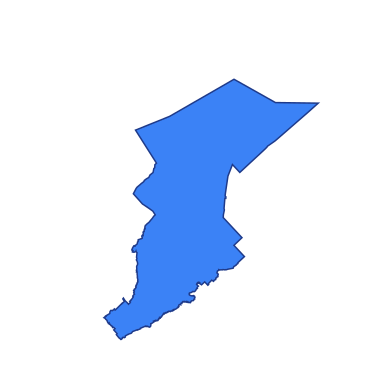 the district of Cruz del Eje, Córdoba, Argentina, rotated 47°
{"feature_id": "61730980B83091517859764", "entity_name": "Cruz del Eje", "entity_type": "district", "adm_level": 2, "iso_a3": "ARG", "parent_name": "Argentina", "parent_adm1": "Córdoba", "projection": "mercator", "projection_center": [-64.875, -30.658], "detail": "fine", "context": "isolated", "style": "filled", "palette": "blue", "viewbox_px": 384, "rotation_deg": 47, "n_neighbors": 0, "source": "geoboundaries", "source_scale": "gbopen_adm2", "svg_char_len": 6104}
<svg xmlns="http://www.w3.org/2000/svg" viewBox="0 0 384 384"><g transform="rotate(47 192 192)"><path d="M138.2,84.4L121.4,156.8L108.2,191.1L146.7,198.3L146.7,200.5L148.8,202.7L148.8,203.9L151.2,207.2L150.9,211.1L151.9,213.7L151.3,216.3L151.0,219.0L151.5,220.0L151.4,222.1L151.2,222.9L151.2,224.9L151.0,228.9L151.3,230.5L153.3,236.1L167.0,236.4L174.7,234.6L179.3,233.7L183.6,234.5L183.7,235.2L183.6,236.4L184.2,239.0L184.5,241.9L184.8,243.6L184.8,245.0L184.6,246.4L184.8,247.7L184.6,248.9L184.9,249.3L185.3,250.1L186.0,250.8L186.3,251.5L186.5,251.6L186.9,251.4L187.0,251.6L186.9,252.4L187.0,252.7L187.6,253.4L188.1,253.7L188.3,254.0L188.3,254.3L187.9,254.6L188.0,255.2L189.4,256.1L189.7,257.1L190.2,257.2L190.6,257.5L190.3,257.9L189.8,258.3L190.5,259.2L191.6,259.6L191.9,260.0L191.8,260.6L191.1,261.8L190.8,262.8L190.2,263.8L190.8,264.6L191.3,264.9L191.5,265.5L191.4,265.9L192.4,267.2L192.6,267.6L192.5,268.5L192.5,269.4L192.5,270.0L192.8,270.4L192.3,271.1L191.8,271.0L191.7,271.4L192.5,274.0L192.8,274.2L193.0,275.1L193.5,275.6L193.9,275.6L194.3,275.2L194.7,275.2L195.0,276.3L195.2,276.5L196.5,275.5L197.3,273.7L197.1,273.3L197.7,273.6L198.9,273.6L201.9,277.1L202.7,277.4L203.2,277.8L203.5,278.3L203.7,279.0L205.0,279.3L206.1,279.8L207.4,280.7L207.8,281.2L208.2,281.9L208.2,282.3L208.8,283.4L210.8,285.0L211.1,285.7L211.4,285.7L211.4,286.0L211.8,286.0L212.0,286.4L212.4,286.6L212.6,287.1L213.2,286.7L213.4,287.1L214.5,287.9L214.8,288.3L215.4,288.6L216.5,289.6L217.0,289.8L217.1,290.2L217.7,290.6L219.4,291.5L219.8,292.2L220.3,292.4L220.6,293.0L220.9,293.0L221.0,293.6L221.3,294.1L221.2,294.4L221.4,294.4L222.0,295.4L222.0,296.6L222.6,296.7L222.9,297.8L223.5,297.9L223.5,298.1L223.7,298.3L223.8,298.9L224.1,299.3L223.7,300.3L223.9,300.7L224.2,300.8L224.3,300.9L224.1,301.5L224.2,301.9L224.9,301.9L225.0,302.1L225.7,302.2L226.0,303.1L225.8,303.2L225.9,303.4L227.5,303.8L227.4,304.4L227.7,306.2L227.8,306.4L228.6,306.4L228.7,306.7L229.2,308.6L229.4,310.9L229.7,310.9L229.7,311.0L229.5,312.1L229.9,312.1L230.6,312.3L230.6,312.7L230.8,312.9L230.7,314.1L230.8,315.0L228.6,314.9L225.9,315.1L222.8,314.5L223.0,315.5L225.9,316.1L225.9,319.3L225.7,319.2L226.0,328.5L225.8,328.7L225.4,328.9L224.9,328.4L224.5,328.5L224.8,329.4L224.5,330.3L224.5,331.1L223.9,331.4L223.6,332.0L223.2,332.3L223.7,333.8L224.8,335.0L223.8,339.6L224.3,339.7L224.2,340.2L223.9,340.4L223.9,341.2L224.0,341.2L224.0,341.4L223.9,342.1L225.2,341.7L226.1,341.9L228.0,341.7L228.3,342.0L229.3,342.3L229.6,342.5L230.4,342.5L231.1,342.8L231.3,342.3L231.3,342.0L231.7,342.3L232.6,342.2L232.7,342.5L233.0,342.3L233.7,342.2L234.5,342.4L234.9,342.1L235.3,342.2L235.8,341.9L236.2,342.0L236.6,342.4L237.0,342.5L237.2,342.4L237.3,341.8L237.6,341.6L239.5,341.5L239.5,343.3L244.5,343.4L244.7,344.6L248.9,344.9L250.2,344.6L251.2,344.7L251.6,344.2L251.6,343.3L251.6,343.1L251.4,342.9L251.4,342.3L251.1,342.2L251.1,341.9L251.3,341.4L252.4,340.8L252.6,340.1L252.5,339.6L251.8,339.0L251.8,338.4L252.1,337.9L252.3,336.7L252.3,336.3L252.6,336.1L252.8,335.0L253.8,333.0L253.9,332.2L253.6,331.0L253.6,330.5L255.3,326.4L255.5,326.3L255.4,326.0L255.6,325.7L255.9,325.7L256.9,322.9L256.5,322.6L258.4,317.4L259.1,317.4L259.3,316.5L259.8,316.5L260.1,315.9L260.7,315.9L262.0,315.1L262.0,313.9L261.0,312.5L260.2,312.0L260.8,310.4L260.9,308.9L260.7,308.7L261.0,308.7L261.1,308.2L260.9,308.0L260.5,308.0L260.7,307.4L261.1,307.1L260.9,307.0L261.0,306.7L260.8,306.7L261.1,306.0L261.4,306.1L261.6,305.8L262.0,305.8L262.2,305.1L262.7,304.8L262.7,304.4L262.4,304.1L262.5,303.7L262.0,303.0L262.4,302.7L262.3,302.0L261.5,301.3L261.6,301.1L261.9,301.4L262.5,301.1L262.3,300.9L262.3,300.4L262.5,300.1L262.5,299.4L262.4,298.9L262.1,298.5L262.0,297.1L261.7,296.5L261.9,296.2L261.6,296.0L261.4,295.3L261.5,295.1L262.3,295.1L262.1,293.6L262.4,293.2L262.7,293.7L262.9,293.4L262.8,292.7L263.2,292.3L263.0,291.6L263.4,291.5L263.5,291.2L263.4,290.2L264.6,289.5L264.4,289.1L264.8,288.7L265.3,287.9L265.3,287.7L265.1,287.4L265.2,287.2L265.4,287.0L265.8,287.1L265.9,286.4L265.3,285.9L265.6,285.3L266.1,285.2L266.0,284.7L266.3,284.4L266.6,283.5L266.8,281.5L267.0,281.1L267.0,280.9L266.5,280.6L266.5,280.4L266.9,280.1L266.9,279.7L266.4,279.3L266.0,279.2L265.9,278.8L265.7,278.6L266.0,277.5L266.7,277.2L266.1,276.8L266.1,276.1L266.6,275.5L266.5,275.4L266.0,275.3L266.2,274.9L266.3,274.4L265.9,273.9L266.5,273.3L266.2,273.0L266.7,272.7L266.9,272.2L267.4,272.4L267.8,272.1L267.9,271.4L268.2,271.4L268.4,271.2L268.3,270.8L268.8,270.8L269.1,271.0L269.3,270.9L269.3,269.9L270.3,270.1L270.5,269.5L271.4,269.1L271.9,268.6L271.8,268.3L271.4,267.9L271.5,267.4L271.2,266.7L272.3,265.1L272.2,264.9L272.3,264.6L271.8,264.0L271.8,263.7L272.1,263.1L271.4,262.7L271.3,262.1L271.0,261.6L270.6,261.7L270.2,261.4L269.9,261.6L269.7,261.3L269.3,261.5L268.9,261.4L268.5,261.9L268.5,262.3L267.7,263.0L267.5,263.3L266.7,263.6L266.5,263.8L265.4,264.1L264.8,263.7L264.2,263.1L264.1,262.7L264.9,261.5L265.0,260.8L265.2,260.4L265.3,259.1L266.3,258.6L266.6,257.5L266.5,256.4L265.9,254.8L266.2,253.9L265.7,253.8L265.5,253.6L265.2,252.6L265.2,251.5L263.2,251.7L262.7,251.6L262.8,251.2L262.2,250.7L262.3,250.5L262.7,250.3L262.9,249.9L262.2,249.8L262.1,249.5L262.5,248.6L263.6,248.1L263.9,248.4L263.9,248.9L266.4,248.3L266.4,244.0L271.0,244.0L271.0,242.9L270.6,242.8L270.2,242.5L269.9,237.8L270.9,237.6L271.0,237.3L271.5,237.0L272.0,237.1L272.0,236.8L271.6,235.9L272.2,234.4L271.2,233.3L271.5,232.5L271.2,231.8L271.6,230.8L271.4,230.5L270.7,230.2L270.4,229.3L269.9,228.9L269.2,228.8L268.7,228.9L268.5,229.0L268.1,228.9L267.1,227.2L267.6,225.9L267.0,225.4L267.6,225.1L267.8,224.8L268.5,224.2L268.9,223.6L269.7,222.9L269.8,222.3L271.2,221.2L271.4,220.7L271.7,220.6L272.2,220.0L273.0,218.3L275.8,213.9L275.0,212.2L275.3,211.3L275.6,209.4L275.3,209.0L275.6,207.4L275.5,207.0L275.0,206.7L275.0,197.7L259.6,197.7L259.5,186.6L232.0,186.6L230.0,184.5L227.3,180.7L227.0,180.4L225.9,179.8L219.0,172.2L219.7,171.6L218.7,170.5L217.5,170.5L215.7,168.4L204.9,154.9L199.5,143.7L210.3,143.7L210.4,109.0L210.3,106.6L210.0,105.5L211.3,96.3L212.8,53.5L213.1,39.1L183.5,70.0L138.2,84.4Z" fill="#3b82f6" stroke="#1e3a8a" stroke-width="1.5"/></g></svg>